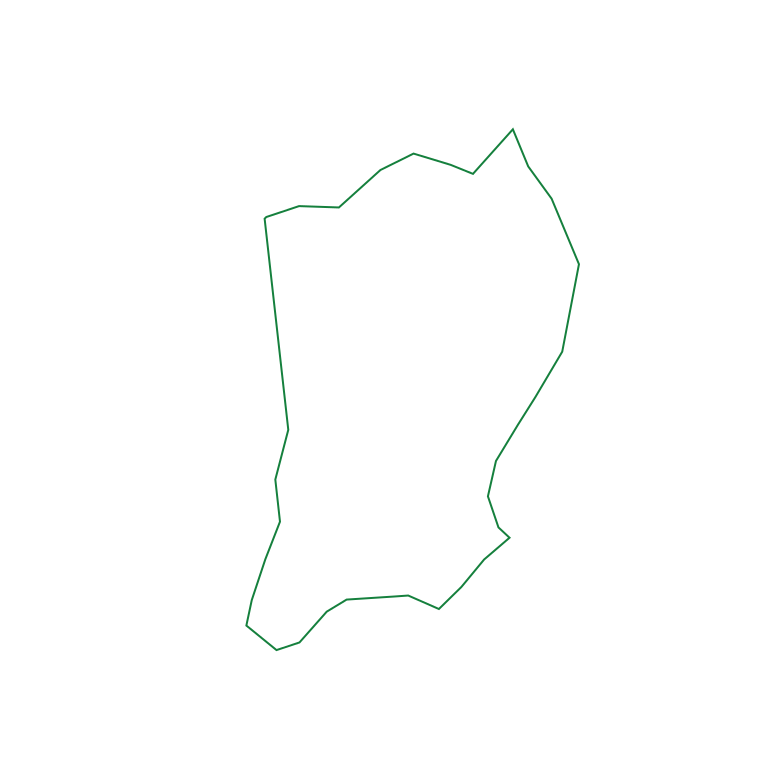 outline of Gwangmyeong-si, Gyeonggi, South Korea, rotated 208°
{"feature_id": "91817680B3942656644244", "entity_name": "Gwangmyeong-si", "entity_type": "district", "adm_level": 2, "iso_a3": "KOR", "parent_name": "South Korea", "parent_adm1": "Gyeonggi", "projection": "equal_earth", "projection_center": [126.869, 37.436], "detail": "fine", "context": "isolated", "style": "outline", "palette": "green", "viewbox_px": 768, "rotation_deg": 208, "n_neighbors": 0, "source": "geoboundaries", "source_scale": "gbopen_adm2", "svg_char_len": 597}
<svg xmlns="http://www.w3.org/2000/svg" viewBox="0 0 768 768"><g transform="rotate(208 384 384)"><path d="M389.8,669.4L404.1,611.3L428.0,608.8L466.1,601.3L487.6,571.3L506.7,518.7L542.5,501.2L566.3,476.2L567.0,473.9L447.0,298.6L435.1,248.6L411.2,213.6L406.5,173.6L399.3,131.1L392.7,108.1L392.1,106.1L354.0,98.6L337.3,116.1L327.7,156.1L315.8,176.1L275.3,201.1L263.3,208.6L229.9,211.1L220.4,241.1L213.2,276.1L201.0,307.2L215.6,311.1L239.5,333.6L249.0,368.6L246.6,411.1L244.2,443.6L241.8,496.2L268.1,581.3L323.0,626.3L358.8,643.8L389.8,669.4Z" fill="none" stroke="#15803d" stroke-width="2"/></g></svg>